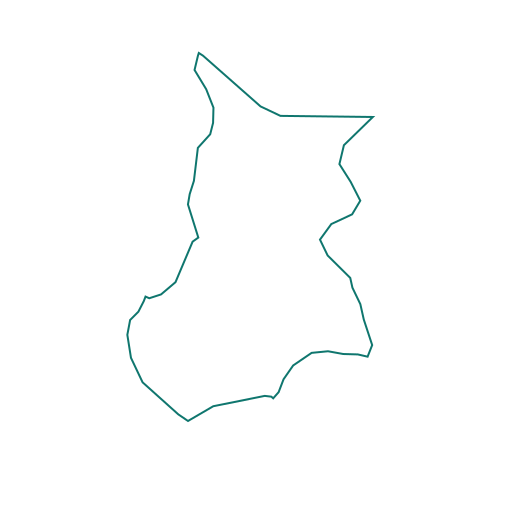 the Province of Kouritenga, rotated 28°
{"feature_id": "BFA-2829", "entity_name": "Kouritenga", "entity_type": "Province", "adm_level": 1, "iso_a3": "BFA", "parent_name": "Burkina Faso", "parent_adm1": "", "projection": "albers", "projection_center": [-0.3, 12.177], "detail": "fine", "context": "isolated", "style": "outline", "palette": "teal", "viewbox_px": 512, "rotation_deg": 28, "n_neighbors": 0, "source": "natural_earth", "source_scale": "10m", "svg_char_len": 824}
<svg xmlns="http://www.w3.org/2000/svg" viewBox="0 0 512 512"><g transform="rotate(28 256 256)"><path d="M177.5,343.7L181.6,343.4L190.2,334.5L197.2,316.9L193.3,273.1L196.4,266.8L171.7,242.4L168.4,232.5L165.9,218.8L153.9,187.8L158.4,170.0L155.6,158.6L148.8,145.0L133.7,132.1L114.4,120.6L110.7,106.4L110.2,103.6L115.1,104.0L189.8,121.8L211.8,120.8L293.9,78.4L281.6,116.9L286.5,135.7L304.8,146.1L322.1,158.2L321.3,174.1L307.5,192.4L304.8,211.5L319.0,221.9L349.5,231.1L356.0,238.7L370.7,249.5L381.0,261.5L400.4,280.1L401.8,292.5L392.1,295.1L379.0,301.6L364.3,306.3L350.6,315.4L340.2,335.2L338.2,351.9L339.9,365.6L338.0,373.6L335.6,373.0L329.4,375.4L288.8,408.7L273.4,433.6L261.7,432.3L215.2,420.8L193.4,404.6L179.4,386.0L174.9,371.6L178.3,360.4L178.1,348.5L177.5,343.7Z" fill="none" stroke="#0f766e" stroke-width="2"/></g></svg>